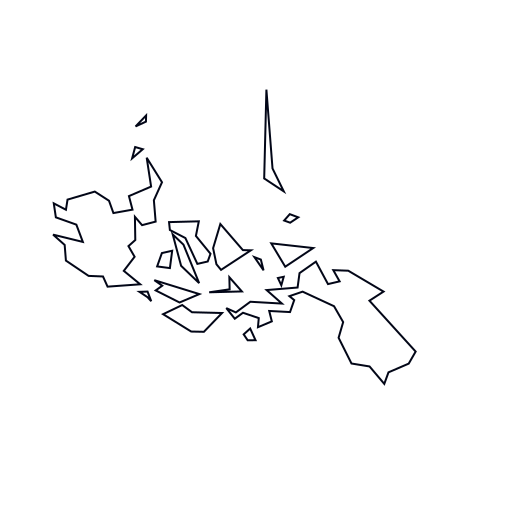 the border of Philippines, rotated 132°
{"feature_id": "PHL", "entity_name": "Philippines", "entity_type": "country or territory", "adm_level": 0, "iso_a3": "PHL", "parent_name": "Asia", "parent_adm1": "", "projection": "albers", "projection_center": [122.681, 12.951], "detail": "medium", "context": "isolated", "style": "outline", "palette": "ink", "viewbox_px": 512, "rotation_deg": 132, "n_neighbors": 0, "source": "natural_earth", "source_scale": "50m", "svg_char_len": 1953}
<svg xmlns="http://www.w3.org/2000/svg" viewBox="0 0 512 512"><g transform="rotate(132 256 256)"><path d="M233.8,70.5L253.8,79.7L265.2,75.1L262.1,97.7L272.0,113.1L261.5,139.9L246.8,147.0L241.1,164.4L251.3,197.5L263.5,204.3L263.2,198.1L274.9,193.2L288.0,209.4L294.0,200.5L307.6,206.9L300.3,212.4L306.9,227.7L316.8,229.8L314.6,243.2L311.4,233.2L293.8,229.6L274.0,204.9L274.2,225.3L251.6,204.0L239.6,212.2L220.1,207.7L228.7,183.7L218.9,176.9L214.8,189.1L205.2,177.6L197.1,137.4L213.3,141.8L220.2,73.4L233.8,70.5ZM354.5,323.1L378.1,345.8L373.6,356.0L382.8,367.1L386.6,394.2L375.8,405.6L375.9,421.1L361.4,394.1L352.9,410.5L361.2,430.6L352.2,441.5L348.8,428.2L340.2,433.8L316.0,418.9L313.3,402.2L319.5,390.7L304.2,378.8L296.5,390.5L274.6,380.4L256.1,403.0L264.1,375.2L282.9,369.2L297.6,353.6L309.3,361.3L307.9,372.2L324.9,356.4L334.0,357.4L337.8,345.7L355.5,344.3L354.5,323.1ZM289.0,343.3L268.5,321.7L281.3,314.1L284.8,291.3L292.4,288.2L301.1,294.3L289.9,320.5L294.3,337.4L289.0,343.3ZM347.2,244.0L355.5,253.6L361.4,286.1L341.8,278.0L340.6,265.9L321.1,243.1L347.2,244.0ZM255.2,263.6L289.7,272.7L288.6,279.9L278.9,293.1L256.1,303.9L260.4,269.7L255.2,263.6ZM125.4,359.6L179.9,302.3L189.4,278.6L192.9,301.8L125.4,359.6ZM211.8,218.8L244.4,227.1L236.4,253.1L211.8,218.8ZM322.2,272.6L341.7,281.7L348.7,307.5L340.8,305.8L342.0,315.4L322.2,272.6ZM295.7,332.3L296.1,317.5L314.2,280.1L313.4,305.1L295.7,332.3ZM329.9,322.5L316.8,327.9L308.2,321.8L322.6,311.9L329.9,322.5ZM291.8,242.8L314.3,266.5L298.4,253.3L289.6,261.6L291.8,242.8ZM322.5,212.7L313.8,211.8L318.9,200.0L324.2,205.8L322.5,212.7ZM266.3,413.4L255.9,418.7L252.4,411.6L266.3,413.4ZM199.0,250.5L208.4,252.9L210.8,258.8L202.3,258.9L199.0,250.5ZM252.9,221.5L260.8,217.6L257.7,225.0L252.9,221.5ZM229.8,427.7L240.3,432.2L225.1,431.7L229.8,427.7ZM360.6,318.6L355.0,312.8L359.7,303.6L359.2,309.1L360.6,318.6ZM261.6,240.8L257.9,256.4L255.4,250.0L261.6,240.8Z" fill="none" stroke="#020617" stroke-width="2"/></g></svg>